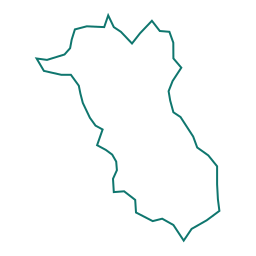 Dali, Nicosia, Cyprus (Robinson projection)
{"feature_id": "46923920B65421651141260", "entity_name": "Dali", "entity_type": "district", "adm_level": 2, "iso_a3": "CYP", "parent_name": "Cyprus", "parent_adm1": "Nicosia", "projection": "robinson", "projection_center": [33.409, 35.042], "detail": "fine", "context": "isolated", "style": "outline", "palette": "teal", "viewbox_px": 256, "rotation_deg": 0, "n_neighbors": 0, "source": "geoboundaries", "source_scale": "gbopen_adm2", "svg_char_len": 767}
<svg xmlns="http://www.w3.org/2000/svg" viewBox="0 0 256 256"><path d="M36.6,58.5L43.9,70.9L61.3,74.8L70.9,74.8L78.8,85.7L80.4,93.6L82.8,102.9L89.9,117.8L95.5,125.6L102.6,129.5L97.1,145.2L105.8,149.9L112.2,154.6L116.2,161.6L116.9,170.2L113.0,178.8L113.8,192.1L124.1,191.3L135.2,199.9L136.0,212.5L152.7,221.1L162.2,218.7L173.4,225.0L183.7,240.6L191.6,228.9L206.7,220.3L219.4,210.9L217.9,199.2L217.1,184.3L217.1,166.3L208.3,155.4L197.2,147.5L193.2,136.6L180.5,117.0L173.4,112.3L170.2,100.6L168.6,91.2L172.6,81.0L181.3,67.7L173.4,58.4L173.3,42.7L169.4,31.8L159.8,31.0L151.9,20.8L140.0,33.3L132.0,43.5L120.9,31.8L113.8,27.1L108.2,15.4L104.2,27.1L86.8,26.3L74.9,29.4L71.7,39.6L70.1,48.2L64.5,54.5L47.0,59.9L36.6,58.5Z" fill="none" stroke="#0f766e" stroke-width="2"/></svg>